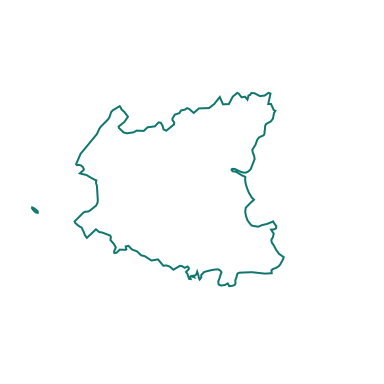 map outline of Devon (Mercator projection), rotated 315°
{"feature_id": "GBR-2048", "entity_name": "Devon", "entity_type": "Administrative County", "adm_level": 1, "iso_a3": "GBR", "parent_name": "United Kingdom", "parent_adm1": "", "projection": "mercator", "projection_center": [-3.833, 50.73], "detail": "fine", "context": "isolated", "style": "outline", "palette": "teal", "viewbox_px": 384, "rotation_deg": 315, "n_neighbors": 0, "source": "natural_earth", "source_scale": "10m", "svg_char_len": 3287}
<svg xmlns="http://www.w3.org/2000/svg" viewBox="0 0 384 384"><g transform="rotate(315 192 192)"><path d="M308.3,193.6L305.9,194.1L301.0,197.4L297.7,197.8L292.4,196.3L290.8,196.8L287.6,199.5L286.9,199.9L284.6,201.9L283.3,202.5L281.8,202.3L279.1,201.1L277.5,200.8L274.9,201.3L270.2,203.5L264.5,204.8L262.9,207.0L261.7,210.0L259.6,213.0L249.5,217.4L246.3,217.3L244.0,216.5L242.1,214.7L240.4,211.4L238.6,206.2L238.0,205.3L237.6,205.1L237.3,204.6L236.9,204.2L236.1,204.0L235.6,204.4L235.4,205.5L235.6,206.5L237.3,208.5L239.2,216.0L240.4,218.9L237.9,221.3L235.7,224.3L233.7,228.1L231.8,232.5L230.3,238.5L230.4,241.3L229.7,241.3L227.0,241.1L223.0,241.1L219.0,241.1L215.8,243.4L213.3,247.0L211.3,251.0L210.7,254.6L210.4,257.7L212.1,260.4L214.4,263.5L218.1,264.9L222.4,267.6L227.5,269.8L228.5,270.1L228.3,270.5L227.4,275.9L225.7,277.1L223.5,276.4L221.3,274.5L220.3,279.3L217.3,281.1L214.2,282.0L212.7,284.1L212.0,287.8L210.6,292.3L209.8,297.4L210.8,302.9L208.8,304.0L203.2,305.6L200.8,305.8L197.7,305.1L195.1,303.8L192.9,303.5L190.9,305.8L185.7,301.1L177.6,291.0L168.5,282.6L166.9,281.9L165.7,282.2L162.1,284.3L160.7,284.8L159.9,285.3L158.1,287.4L156.9,287.9L155.4,287.5L154.0,286.7L151.7,284.8L152.1,284.0L152.6,281.9L149.5,281.0L146.5,278.8L145.4,276.3L147.5,273.7L150.8,272.3L154.0,270.5L156.1,269.6L156.4,268.3L156.4,267.1L155.7,265.1L153.1,262.8L150.2,260.8L146.9,258.8L144.2,257.2L142.0,257.2L140.0,257.2L138.0,259.0L135.8,259.1L135.8,259.3L135.5,259.3L135.9,258.0L137.8,255.1L139.3,252.0L136.5,253.4L135.1,253.2L133.6,252.0L133.2,253.7L131.8,250.7L130.3,250.9L129.5,252.6L128.5,251.3L129.4,249.6L130.9,246.6L131.2,244.3L135.1,244.3L136.1,243.4L136.2,241.6L133.2,240.4L132.5,237.4L131.3,235.7L123.9,233.8L123.5,228.9L121.8,225.6L119.6,223.9L120.3,215.6L114.9,211.8L113.2,203.9L111.3,200.9L111.1,195.0L108.9,190.1L109.0,185.1L106.6,183.7L105.0,186.1L104.1,185.9L100.2,181.7L95.7,181.6L94.0,180.3L94.7,179.0L98.9,177.4L100.0,173.6L100.4,168.2L102.7,166.6L103.4,165.1L99.8,157.0L98.1,154.8L97.7,150.5L85.2,150.1L85.8,146.5L86.8,144.7L88.8,139.1L88.2,137.4L87.7,134.3L87.6,131.2L88.2,129.8L100.6,129.8L102.2,130.3L105.0,132.5L106.4,132.9L114.5,133.8L117.4,132.9L119.4,131.4L128.8,120.8L129.6,119.6L130.2,118.2L131.1,117.1L132.6,116.2L131.7,114.1L130.0,108.0L129.7,106.4L129.2,105.0L126.9,101.4L125.9,99.5L130.6,99.9L131.6,99.5L132.5,97.1L132.3,94.8L131.3,92.9L129.7,91.8L129.7,90.4L140.3,86.2L165.8,83.8L171.0,81.8L173.6,81.3L183.7,81.3L186.7,80.7L191.2,78.4L193.7,78.2L201.6,80.2L201.3,81.6L201.2,82.0L200.5,84.1L200.8,87.6L199.9,93.5L193.5,94.7L186.4,93.8L185.6,95.1L185.8,101.7L187.6,104.6L192.9,108.5L196.2,109.4L201.1,114.7L206.3,114.8L212.1,119.3L217.7,119.2L218.9,121.0L218.0,124.4L216.1,127.7L217.2,130.5L227.1,131.5L228.6,130.2L229.0,127.4L230.0,126.3L234.6,125.1L238.8,127.3L241.9,126.6L245.1,128.7L247.8,129.2L248.7,131.2L249.1,137.3L256.0,137.8L263.4,144.7L269.9,145.5L278.8,144.5L275.9,151.9L280.2,155.9L288.2,153.4L294.1,153.9L294.6,155.4L294.0,160.1L296.9,162.1L296.5,165.9L300.3,163.7L301.6,164.5L303.9,164.0L305.9,166.1L307.9,172.3L311.6,175.2L316.1,175.9L317.1,177.9L308.1,183.7L310.1,185.6L307.8,191.7L308.3,193.6ZM68.9,92.4L69.1,93.9L69.2,96.6L68.2,97.6L67.1,96.1L66.9,93.1L67.4,90.3L68.1,89.9L68.7,91.5L68.9,92.4Z" fill="none" stroke="#0f766e" stroke-width="2"/></g></svg>